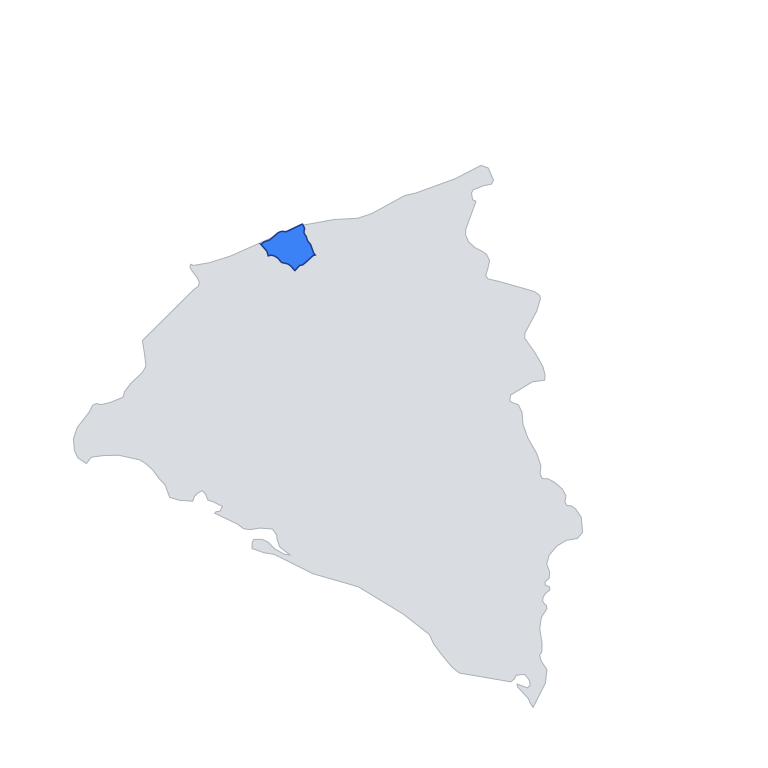 Carazo on a map of Nicaragua (Natural Earth projection), rotated 113°
{"feature_id": "NIC-654", "entity_name": "Carazo", "entity_type": "Department", "adm_level": 1, "iso_a3": "NIC", "parent_name": "Nicaragua", "parent_adm1": "", "projection": "natural_earth1", "projection_center": [-86.252, 11.738], "detail": "fine", "context": "in_parent", "style": "filled", "palette": "blue", "viewbox_px": 768, "rotation_deg": 113, "n_neighbors": 0, "source": "natural_earth", "source_scale": "10m", "svg_char_len": 2933}
<svg xmlns="http://www.w3.org/2000/svg" viewBox="0 0 768 768"><g transform="rotate(113 384 384)"><path d="M623.5,120.4L620.5,125.0L617.3,128.0L610.6,142.8L608.2,144.2L607.7,133.2L603.7,131.7L599.0,135.6L596.4,141.3L600.5,148.6L604.2,148.7L608.6,150.8L620.6,201.6L618.1,210.7L610.8,224.8L603.8,236.8L596.9,244.3L588.3,276.3L580.7,328.4L586.4,375.1L583.7,418.3L586.2,428.5L587.0,441.2L581.2,443.5L577.9,443.1L574.6,435.3L574.9,428.5L578.4,420.4L579.7,409.5L578.1,403.8L574.7,416.3L568.8,421.8L564.9,423.7L561.1,430.0L565.1,441.9L570.4,450.5L572.1,456.7L570.2,464.1L569.1,489.4L567.2,488.7L565.3,485.3L559.8,485.0L559.2,495.2L559.6,500.9L555.0,505.3L553.3,509.7L557.1,512.7L561.4,514.6L566.6,514.2L570.9,526.7L572.2,536.9L562.3,546.2L559.0,554.0L553.4,563.4L550.2,572.7L549.3,579.3L553.2,600.4L560.0,615.3L565.8,624.8L573.5,626.9L571.7,636.8L566.0,643.2L555.5,648.5L544.0,649.4L525.1,644.4L517.4,643.9L514.4,641.2L513.5,636.3L508.1,628.9L498.2,619.1L492.5,619.8L483.2,617.6L467.7,610.9L460.6,610.1L450.3,615.9L438.4,623.4L409.7,611.6L389.5,603.4L371.3,595.9L366.5,593.1L362.5,593.7L359.1,597.6L355.1,604.5L353.9,606.5L351.8,608.4L349.4,608.9L349.3,605.6L340.4,591.9L326.3,575.4L272.2,524.9L252.4,494.7L241.7,472.9L231.6,461.6L202.4,438.5L195.7,429.2L166.8,398.3L144.8,380.1L144.5,372.4L153.6,362.8L158.0,363.2L162.8,370.1L170.6,378.0L174.3,378.0L179.8,374.4L179.9,370.7L209.5,369.2L214.8,367.2L220.2,361.5L222.9,353.5L223.4,345.9L224.5,340.4L229.2,335.0L237.9,333.4L244.6,332.8L246.6,329.2L244.6,317.5L241.0,289.2L240.2,281.3L241.5,275.4L244.2,273.3L257.3,271.9L282.0,274.2L286.8,272.5L296.8,256.4L306.0,244.5L312.6,239.3L317.8,237.6L323.8,248.1L344.7,263.2L348.3,262.3L350.3,261.4L351.0,259.3L350.6,252.3L355.9,246.0L366.7,240.4L377.6,230.4L388.5,216.0L398.1,207.6L406.1,205.1L409.2,201.2L407.2,195.9L407.9,188.4L411.1,178.6L415.7,172.9L421.9,171.4L424.3,168.3L423.0,163.7L424.2,158.7L429.7,150.3L442.9,143.2L450.5,145.6L456.8,155.2L465.7,161.7L477.2,165.1L486.1,163.9L492.5,157.9L498.2,156.1L503.3,158.4L505.9,157.1L506.2,152.1L508.8,150.9L513.8,153.6L518.2,154.3L522.1,153.0L523.6,150.6L524.4,148.0L527.2,146.2L537.2,148.0L548.3,145.1L560.6,137.4L568.8,134.0L572.8,134.9L577.7,131.0L583.3,122.4L596.2,118.6L623.5,120.4Z" fill="#d9dde1" stroke="#a8b0b8" stroke-width="1"/><path d="M303.5,552.1L303.4,551.7L300.1,550.0L296.1,545.6L286.3,540.7L284.7,539.3L283.2,537.4L282.0,533.4L269.3,522.3L268.7,521.4L271.3,518.4L272.4,517.6L273.2,517.6L273.9,517.5L275.1,517.1L275.7,516.9L276.1,516.7L277.4,515.2L278.5,513.3L281.4,510.9L282.2,510.0L284.3,506.1L290.9,499.9L292.2,497.7L293.3,499.3L303.1,503.8L306.2,505.5L307.6,507.7L307.8,508.0L313.5,510.0L314.4,510.3L313.9,511.6L311.7,516.1L311.1,519.2L311.5,522.3L312.0,524.4L312.0,525.8L311.7,526.9L310.5,529.0L309.5,531.2L309.0,535.1L309.2,536.9L309.4,538.0L311.3,540.7L307.6,543.6L307.3,544.1L306.6,545.6L303.5,552.1L303.5,552.1Z" fill="#3b82f6" stroke="#1e3a8a" stroke-width="1.5"/></g></svg>